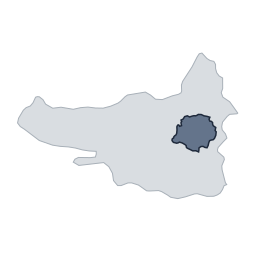 San Juan on a map of Dominican Republic (Albers equal-area conic projection), rotated 178°
{"feature_id": "DOM-1393", "entity_name": "San Juan", "entity_type": "Province", "adm_level": 1, "iso_a3": "DOM", "parent_name": "Dominican Republic", "parent_adm1": "", "projection": "albers", "projection_center": [-71.244, 18.895], "detail": "fine", "context": "in_parent", "style": "filled", "palette": "slate", "viewbox_px": 256, "rotation_deg": 178, "n_neighbors": 0, "source": "natural_earth", "source_scale": "10m", "svg_char_len": 2286}
<svg xmlns="http://www.w3.org/2000/svg" viewBox="0 0 256 256"><g transform="rotate(178 128 128)"><path d="M31.7,174.7L32.0,164.2L33.6,160.0L32.1,155.5L25.5,150.7L21.4,144.6L17.8,139.1L18.6,138.4L25.9,138.1L28.4,136.2L33.3,130.6L34.3,126.2L33.9,122.8L30.8,118.7L29.5,114.5L33.4,110.8L38.6,105.4L39.3,103.3L39.2,101.2L33.2,95.5L32.8,93.1L35.6,86.9L35.4,82.8L32.6,70.0L31.3,68.0L34.0,67.0L35.7,63.2L38.1,59.8L41.1,58.0L44.6,56.8L51.5,56.9L61.1,59.9L63.8,59.8L73.0,57.2L80.7,55.7L87.8,57.3L90.8,59.6L96.7,63.3L99.7,64.4L109.1,64.3L111.6,64.6L119.5,70.6L126.2,73.0L130.0,73.1L136.9,70.7L140.3,70.8L144.3,75.9L145.1,83.3L148.5,90.0L153.5,94.3L178.4,92.3L183.9,95.8L182.1,98.7L178.6,100.3L166.8,99.7L161.6,100.1L160.6,103.1L160.6,105.8L167.5,106.4L174.3,107.7L181.2,109.8L188.3,111.2L196.2,112.0L204.0,113.5L217.1,118.6L231.7,130.5L235.6,133.2L238.2,136.9L237.0,141.6L232.0,149.4L229.1,151.9L224.9,153.4L222.0,156.6L219.3,162.0L217.6,162.5L215.6,162.3L212.0,159.3L209.5,154.7L202.5,150.4L194.2,151.1L182.0,148.6L174.6,150.0L167.3,150.3L159.7,149.1L152.1,148.7L144.6,150.4L137.2,153.2L134.5,155.0L129.8,159.4L127.3,161.0L109.4,163.3L104.3,160.1L99.5,155.8L92.6,155.2L82.6,158.6L76.4,159.9L73.8,161.3L73.1,163.0L73.1,169.1L71.7,172.8L61.9,186.8L56.4,196.6L54.2,199.7L51.5,200.3L46.7,194.7L43.7,192.6L39.9,191.6L38.3,188.5L38.4,184.3L37.4,180.1L35.1,176.8L31.7,174.7Z" fill="#d9dde1" stroke="#a8b0b8" stroke-width="1"/><path d="M53.6,107.0L55.9,106.9L57.8,105.5L57.9,103.5L58.3,101.6L60.9,102.9L64.1,102.9L66.4,104.2L68.8,105.4L69.8,106.0L70.4,106.9L70.5,108.5L71.7,109.5L74.4,111.2L77.1,112.1L78.4,111.4L79.9,111.1L81.5,111.6L83.0,112.0L84.0,113.1L84.5,114.4L84.0,115.8L82.8,116.4L82.5,117.6L81.7,118.5L80.2,119.5L79.5,121.1L79.1,124.2L79.1,127.5L78.6,128.6L77.8,129.4L76.9,129.0L76.4,127.9L74.4,128.5L74.8,130.9L74.8,131.7L74.1,132.6L74.5,133.3L74.7,134.1L73.5,134.6L72.6,135.0L71.0,137.4L68.3,138.1L66.1,136.9L63.3,137.7L61.6,138.0L60.0,137.8L58.6,138.3L57.3,139.1L54.3,138.9L51.6,137.5L48.7,136.9L45.8,135.9L46.7,133.9L46.0,132.0L44.4,131.7L43.3,130.5L43.3,128.9L42.8,127.4L41.6,126.4L40.3,125.5L41.0,122.4L40.0,121.1L40.5,117.6L42.0,114.5L43.3,113.3L45.0,113.1L46.9,112.5L47.8,110.5L48.5,107.8L49.7,105.5L51.8,105.9L53.6,107.0Z" fill="#64748b" stroke="#1e293b" stroke-width="1.5"/></g></svg>